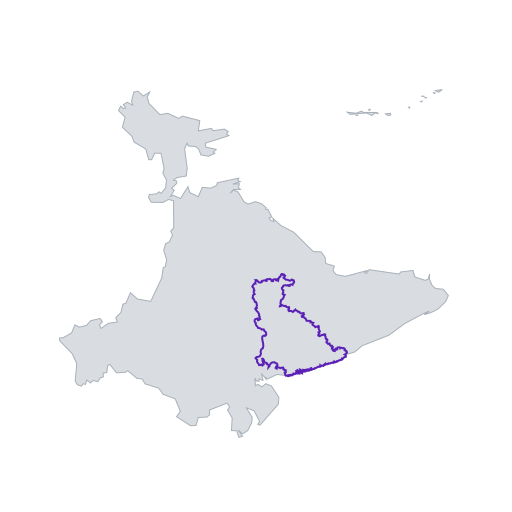 Maharashtra highlighted on a map of India, rotated 263°
{"feature_id": "IND-2447", "entity_name": "Maharashtra", "entity_type": "State", "adm_level": 1, "iso_a3": "IND", "parent_name": "India", "parent_adm1": "", "projection": "robinson", "projection_center": [76.089, 18.818], "detail": "fine", "context": "in_parent", "style": "outline", "palette": "violet", "viewbox_px": 512, "rotation_deg": 263, "n_neighbors": 0, "source": "natural_earth", "source_scale": "10m", "svg_char_len": 9782}
<svg xmlns="http://www.w3.org/2000/svg" viewBox="0 0 512 512"><g transform="rotate(263 256 256)"><path d="M78.0,217.0L84.9,215.4L85.7,210.4L98.2,212.6L106.7,209.0L109.4,211.5L113.5,209.2L108.8,191.1L104.1,190.6L102.1,187.7L102.8,179.1L95.1,175.8L95.5,170.4L106.2,157.5L111.0,162.0L124.1,158.4L129.9,147.1L136.8,143.2L142.7,130.2L147.8,128.0L149.0,123.1L157.9,114.5L156.5,112.4L157.0,103.3L166.2,97.7L165.2,95.4L158.6,93.7L158.3,89.9L154.6,89.8L154.0,86.6L150.5,83.8L152.3,79.2L150.2,76.2L153.5,73.0L149.4,71.1L150.2,68.8L148.1,66.8L150.1,62.9L154.1,61.3L170.9,65.0L181.4,61.7L195.7,50.9L198.6,51.1L198.3,54.4L202.1,63.6L209.7,67.9L206.9,72.0L207.8,79.3L211.9,84.0L213.0,93.6L209.4,95.6L206.7,92.2L203.0,93.3L207.2,101.4L207.4,110.4L211.8,109.3L216.5,115.1L224.4,118.0L225.0,121.2L234.9,126.9L227.7,133.1L223.8,146.0L245.6,159.7L255.7,162.5L256.4,164.7L263.2,166.8L272.9,165.1L279.3,167.8L280.3,171.5L287.1,175.7L291.1,174.4L294.0,177.8L320.9,180.9L322.8,176.0L320.5,170.2L322.1,158.6L327.3,156.5L330.1,157.7L329.7,164.7L331.5,167.6L329.7,169.6L334.8,174.7L342.4,176.4L349.4,173.7L354.3,175.4L369.6,174.2L370.4,168.0L364.3,164.1L364.7,161.3L375.7,159.6L383.9,148.9L390.0,147.4L400.1,139.1L409.6,143.0L417.2,137.2L421.2,140.0L418.5,142.4L418.8,144.7L422.3,142.8L424.3,146.9L420.8,152.0L424.7,151.3L433.6,154.7L434.0,158.7L428.6,163.7L431.7,170.5L427.1,167.4L420.5,168.4L408.0,177.9L408.4,185.8L402.0,196.1L403.8,200.0L397.2,216.7L387.2,214.0L388.1,227.3L385.6,228.7L385.8,240.2L382.9,243.6L380.5,241.6L378.8,243.8L374.1,219.4L370.2,219.4L366.7,229.5L364.3,226.3L362.9,227.7L360.8,220.9L363.1,213.6L369.4,212.1L372.1,209.1L373.4,202.3L376.4,201.4L371.1,198.2L351.4,198.4L343.9,196.5L343.5,187.2L341.5,183.3L340.1,186.3L337.9,186.3L333.4,180.5L331.2,182.8L325.4,178.3L326.4,181.1L322.2,188.0L333.1,196.9L327.0,198.0L321.9,206.0L330.6,211.0L328.9,219.6L330.9,225.6L333.4,226.5L335.4,248.4L333.0,247.1L331.7,249.4L330.2,241.7L329.7,248.3L326.0,246.9L324.0,248.7L324.7,241.5L321.5,238.1L324.3,241.7L321.8,246.0L311.4,250.6L308.5,254.4L310.0,262.0L307.4,267.5L302.8,271.9L301.2,271.2L300.8,273.5L292.9,276.4L292.0,273.6L288.9,275.5L288.1,277.8L291.3,277.3L283.1,284.5L274.9,296.4L253.4,313.4L252.2,321.1L246.1,324.4L240.1,324.3L236.4,332.5L232.2,330.6L227.8,333.2L224.9,342.3L228.1,365.0L226.3,361.7L225.1,363.3L228.6,366.7L220.6,396.0L222.5,397.6L222.5,410.1L215.9,411.1L211.2,420.9L212.2,424.2L217.1,426.2L211.7,425.2L204.7,427.5L201.8,430.5L200.2,437.8L193.4,442.1L187.7,438.8L181.3,430.4L178.4,422.5L177.3,415.8L180.1,421.3L178.7,415.8L170.8,395.3L161.1,378.1L154.1,350.6L148.7,342.3L147.3,334.0L145.4,333.2L141.2,322.5L135.5,291.4L137.2,286.0L136.8,284.1L135.1,286.6L134.7,285.1L134.8,282.0L137.0,282.3L134.5,281.1L133.0,274.4L135.9,262.4L132.6,252.4L134.0,251.0L132.5,251.1L138.7,247.0L131.7,247.8L133.6,243.9L131.4,243.8L131.8,241.2L135.0,240.1L127.3,239.6L128.4,242.2L125.4,246.0L128.1,250.2L125.1,255.5L112.8,261.5L106.1,260.0L87.6,239.3L88.7,237.2L91.4,239.4L102.6,235.3L106.5,227.9L96.3,232.6L91.0,231.4L83.7,226.5L81.1,221.0L85.5,217.0L78.8,220.7L78.0,217.0ZM383.8,392.8L381.4,388.0L384.5,383.0L385.1,366.8L387.6,364.1L385.5,372.7L386.9,378.5L385.4,380.0L383.8,392.8ZM398.3,454.2L398.5,461.1L396.3,457.3L398.3,454.2ZM381.3,406.8L379.6,406.9L379.3,404.0L381.3,401.9L381.3,406.8ZM392.6,443.0L392.5,445.0L392.1,443.2L392.6,443.0ZM394.6,440.2L393.9,442.9L394.1,440.1L394.6,440.2ZM396.7,451.7L396.0,453.8L395.5,453.0L396.7,451.7ZM385.3,426.5L384.2,426.6L384.7,425.5L385.3,426.5ZM383.4,393.8L382.2,394.9L382.8,393.2L383.4,393.8ZM387.4,385.6L388.0,387.6L386.6,386.1L387.4,385.6ZM389.6,439.7L388.7,439.3L389.1,438.3L389.6,439.7ZM383.6,372.6L383.1,374.8L383.3,372.5L383.6,372.6Z" fill="#d9dde1" stroke="#a8b0b8" stroke-width="1"/><path d="M145.6,333.0L145.0,332.8L145.0,332.1L144.5,330.8L143.0,329.2L143.0,328.9L143.4,328.7L142.5,328.2L142.7,326.8L143.0,326.4L142.6,326.7L142.5,327.5L142.4,326.0L142.1,325.9L141.7,324.0L141.4,323.8L141.7,323.4L141.2,322.9L140.8,321.6L140.8,321.1L141.2,321.6L141.7,321.7L141.3,321.4L141.6,321.1L141.2,321.0L140.9,320.5L141.6,320.4L141.4,320.0L141.0,320.2L140.9,319.9L141.0,319.2L140.6,318.5L140.8,317.5L140.3,316.6L140.6,315.0L140.2,314.7L140.1,314.4L140.3,314.4L140.4,313.7L139.9,311.7L139.3,310.5L140.1,310.8L139.1,309.3L139.3,308.0L138.6,306.9L139.5,306.4L138.8,306.2L138.5,305.9L138.3,305.0L138.6,304.3L137.3,301.2L137.5,300.7L137.1,300.4L137.6,299.6L137.2,300.0L136.9,299.6L136.7,297.8L136.2,297.4L136.3,296.5L136.7,297.1L137.7,297.3L137.9,297.5L137.7,297.9L138.0,297.3L138.0,296.7L137.0,296.5L136.7,296.1L136.8,295.9L136.0,295.4L135.7,294.2L135.9,293.1L136.4,292.9L137.2,294.1L137.3,293.8L136.6,292.6L136.0,292.6L135.3,290.8L135.4,289.1L136.0,289.1L136.2,288.8L137.0,290.1L137.0,289.4L137.3,288.9L136.9,288.7L136.8,288.1L136.4,288.3L135.8,287.8L136.0,287.4L136.2,287.5L136.3,287.0L137.0,286.8L136.5,286.7L137.7,286.3L137.8,286.1L137.0,286.3L137.0,285.3L136.7,285.0L136.8,283.9L136.3,284.6L136.3,285.8L135.8,286.4L135.7,285.9L135.5,286.1L134.9,287.7L134.7,287.6L134.7,286.9L134.3,287.0L134.7,286.3L134.7,285.7L134.8,285.8L134.9,285.5L134.8,285.3L134.9,283.9L134.4,284.0L135.0,282.7L134.3,283.4L134.5,281.8L136.8,282.1L137.5,283.3L137.7,283.2L137.0,282.0L135.9,281.9L135.1,281.3L134.7,281.5L134.2,280.9L134.1,279.4L135.6,278.7L134.6,278.8L133.9,278.0L133.9,278.5L134.1,278.9L133.7,278.6L133.3,275.9L133.5,276.3L133.8,276.2L133.6,275.6L133.8,275.1L133.8,274.9L133.2,275.6L133.2,274.9L132.8,274.1L133.0,272.7L133.6,271.8L133.6,271.0L134.4,270.6L135.6,270.6L136.5,270.2L137.1,271.4L137.7,271.2L138.0,271.4L138.5,271.2L138.9,271.6L139.2,271.1L139.2,270.4L140.0,270.2L140.3,269.3L141.9,269.4L142.1,268.1L141.9,267.0L141.7,266.7L142.9,264.3L142.2,263.0L141.7,262.8L142.6,261.8L144.5,263.2L145.0,264.0L145.9,264.0L147.0,263.4L147.3,262.3L148.3,261.3L148.4,259.4L148.0,258.1L146.0,256.0L145.1,256.0L144.1,254.9L145.9,255.4L146.7,254.8L147.3,253.7L147.7,253.9L148.6,253.6L149.1,252.1L150.1,251.1L151.0,251.3L152.6,250.8L153.3,250.1L153.2,249.6L152.0,249.9L151.4,249.6L147.4,250.4L146.6,249.0L147.3,248.7L147.7,248.0L147.2,247.2L147.3,245.8L148.9,245.3L150.4,244.3L151.2,244.2L152.7,244.5L154.7,243.1L155.6,244.2L155.7,246.2L156.0,247.4L157.1,248.3L158.4,249.0L160.3,248.9L162.1,249.5L162.8,250.1L163.7,251.6L165.8,252.3L168.6,252.4L172.8,252.0L175.3,252.5L175.9,253.7L176.1,255.0L175.6,255.3L175.7,255.5L176.4,256.4L177.9,256.7L179.4,256.4L180.5,255.2L182.1,254.8L182.4,254.1L182.2,252.8L183.2,252.0L183.9,250.9L184.4,249.2L185.6,248.9L187.0,247.8L188.1,247.4L188.9,247.4L189.4,247.7L190.8,246.7L192.5,246.8L193.4,247.6L193.8,249.9L192.0,250.1L192.0,250.6L192.8,252.2L193.1,251.8L193.7,252.2L194.6,252.0L195.4,252.3L196.5,251.7L197.9,252.0L200.1,251.1L201.4,249.9L202.8,249.4L203.5,248.8L204.1,249.1L204.3,250.5L205.2,250.2L206.8,250.9L208.9,250.8L210.3,250.4L210.5,250.1L210.4,249.6L210.7,249.3L214.0,248.4L214.3,247.6L214.5,247.5L217.4,248.3L217.9,248.9L218.3,250.0L219.5,249.4L220.7,249.3L221.4,249.5L221.9,250.2L223.3,249.7L223.8,249.9L224.7,249.6L226.0,248.6L227.5,249.5L227.9,250.2L228.7,250.9L228.9,251.4L228.7,252.1L229.7,252.0L231.5,253.1L232.1,252.7L232.1,253.4L231.6,254.1L229.5,255.6L229.1,257.4L229.5,258.6L230.4,258.6L230.6,259.0L230.8,262.3L230.1,262.9L229.9,263.4L230.2,263.6L230.9,263.2L231.4,263.4L231.7,264.7L231.4,265.4L231.5,267.4L230.4,268.2L229.3,268.4L229.1,268.7L229.0,269.9L230.4,270.1L230.7,271.3L230.4,273.1L229.4,273.0L229.2,273.6L229.9,274.1L228.9,275.0L229.8,275.3L230.1,274.7L230.5,274.7L231.0,275.9L232.1,276.4L232.6,277.7L234.3,278.5L235.0,279.4L235.0,279.8L234.7,280.3L233.9,280.5L234.2,281.5L232.8,282.5L232.3,281.7L231.6,281.7L231.0,280.7L228.9,282.7L228.5,284.6L227.3,286.6L227.5,287.4L228.3,288.7L227.2,289.6L227.3,290.4L226.1,290.7L225.1,290.6L224.0,289.3L222.9,288.8L223.4,288.2L223.5,287.2L223.1,285.5L222.2,285.6L222.2,285.1L222.6,284.3L223.2,283.9L223.0,282.6L223.4,281.8L223.4,280.2L223.0,279.3L222.2,279.0L221.3,277.8L220.6,277.7L219.4,278.1L218.6,279.0L218.2,278.7L216.5,278.6L215.8,278.0L214.8,277.9L213.9,279.7L212.7,278.7L211.7,278.5L210.7,277.7L209.9,277.1L209.5,275.8L208.8,275.2L207.9,275.2L206.7,274.6L205.7,274.5L205.0,274.9L204.2,274.5L203.8,273.9L203.2,273.6L203.2,274.3L204.1,276.0L203.2,277.1L202.9,278.1L202.9,279.4L201.7,280.0L201.3,280.9L201.2,282.5L199.7,282.5L199.0,281.6L198.0,281.6L197.4,282.0L197.7,282.4L197.3,283.0L197.1,284.5L196.0,285.6L196.2,286.4L197.1,287.0L197.2,287.6L198.0,288.6L197.1,289.0L196.4,290.5L195.6,290.7L195.3,292.3L194.2,292.6L193.7,293.3L193.5,294.4L193.0,295.1L193.6,295.6L193.6,296.2L193.1,296.1L192.2,296.5L192.0,296.0L191.0,295.5L190.8,294.1L190.0,294.1L189.6,294.8L189.6,296.0L188.2,296.9L187.8,297.7L185.5,298.3L185.0,301.9L184.7,302.2L183.5,302.0L183.7,303.0L183.1,303.5L182.7,304.7L181.7,303.8L180.8,303.7L179.2,305.7L178.2,306.1L178.5,307.5L178.2,308.1L179.0,309.4L178.6,309.8L177.5,309.7L176.9,309.3L176.3,309.5L175.7,309.4L173.5,310.2L173.0,309.8L172.7,308.9L172.4,309.1L172.2,308.9L171.5,309.4L171.1,308.9L170.3,308.7L170.1,308.2L169.5,308.1L168.7,309.3L169.1,310.7L169.6,311.4L169.4,312.6L169.9,313.5L169.6,314.1L169.9,314.7L169.7,315.1L168.7,314.6L167.7,315.3L166.5,315.0L165.1,315.4L164.9,316.2L163.9,316.7L163.3,316.5L162.5,315.5L161.4,315.5L160.9,316.4L160.0,316.8L160.1,318.3L159.3,318.2L158.0,318.9L157.4,319.8L157.8,320.2L157.7,320.4L156.3,321.2L155.9,320.2L154.8,319.9L154.5,320.6L153.8,321.3L153.3,321.0L153.1,321.5L152.4,321.4L152.2,322.2L152.7,322.0L152.9,322.5L153.3,322.6L153.4,323.0L153.9,323.4L153.2,323.7L153.4,325.1L154.0,324.9L155.1,325.5L155.3,326.0L155.2,327.5L154.2,328.1L154.8,328.5L154.7,329.2L153.8,331.0L154.0,331.4L153.4,332.6L152.2,333.0L152.0,332.5L151.8,332.4L150.6,333.8L150.6,334.2L149.3,334.6L148.7,334.3L148.2,333.1L147.4,332.7L147.3,332.2L146.8,332.8L145.6,333.0Z" fill="none" stroke="#5b21b6" stroke-width="2"/></g></svg>